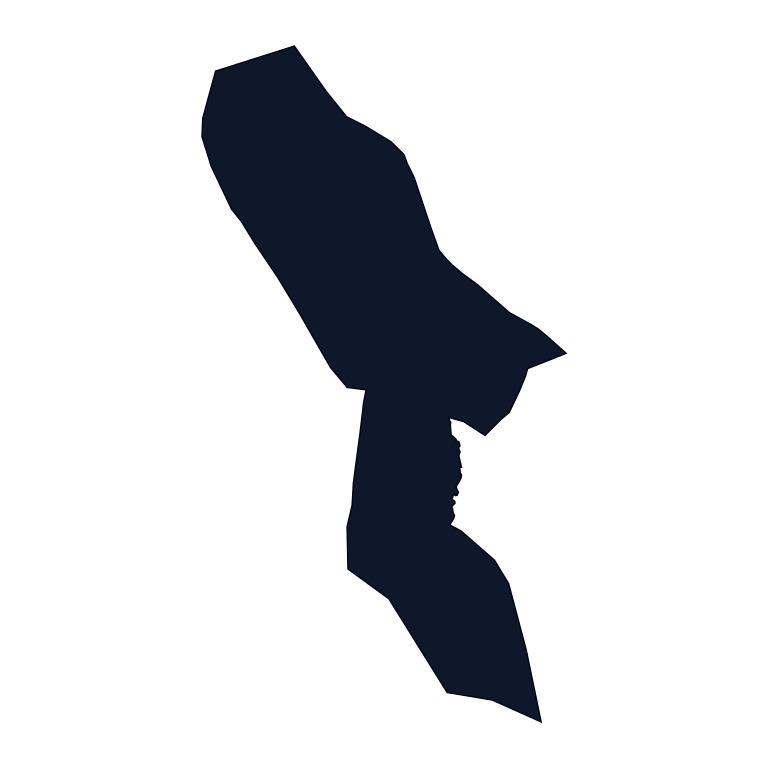 the district of San Baltazar Chichicápam, Oaxaca, Mexico
{"feature_id": "50627088B15303573205943", "entity_name": "San Baltazar Chichicápam", "entity_type": "district", "adm_level": 2, "iso_a3": "MEX", "parent_name": "Mexico", "parent_adm1": "Oaxaca", "projection": "orthographic", "projection_center": [-96.494, 16.758], "detail": "fine", "context": "isolated", "style": "filled", "palette": "ink", "viewbox_px": 768, "rotation_deg": 0, "n_neighbors": 0, "source": "geoboundaries", "source_scale": "gbopen_adm2", "svg_char_len": 1688}
<svg xmlns="http://www.w3.org/2000/svg" viewBox="0 0 768 768"><path d="M525.6,375.8L527.6,368.6L566.0,353.3L546.7,336.0L538.2,329.0L531.5,324.8L509.1,312.5L479.1,286.1L478.0,285.1L462.3,273.6L451.8,264.7L446.1,258.8L439.1,250.5L437.1,245.2L434.6,238.2L430.7,227.2L414.2,177.7L407.2,163.5L403.9,154.5L390.9,141.7L365.5,126.3L346.5,116.7L325.9,91.0L294.3,46.1L254.0,58.9L215.6,71.1L202.8,118.1L202.0,136.7L211.3,166.4L231.6,209.2L241.5,221.6L253.9,241.9L256.2,245.4L277.7,277.3L299.5,313.4L315.5,341.3L330.6,367.6L346.2,386.2L346.3,386.5L347.0,387.4L366.1,389.8L363.5,403.3L362.6,411.4L360.0,433.4L356.9,456.5L353.4,483.0L352.2,504.8L347.1,526.8L347.9,565.2L348.0,569.0L388.9,598.8L447.2,692.5L492.2,700.0L541.1,721.9L526.2,649.9L517.0,615.2L508.6,583.6L494.5,560.3L488.7,555.2L461.1,531.0L450.0,525.1L449.6,524.8L451.3,522.5L453.5,519.0L454.5,515.4L453.3,513.1L452.6,509.4L451.8,506.5L454.2,504.0L454.9,503.4L454.9,502.1L454.8,501.6L454.2,500.8L452.6,499.8L451.7,499.0L452.9,496.8L452.8,495.7L453.7,494.8L454.6,493.9L455.1,495.5L456.2,495.4L457.2,495.2L458.4,492.3L456.4,488.0L456.3,487.3L456.2,486.6L456.6,485.8L460.7,478.9L461.5,475.3L460.3,472.7L459.9,469.3L459.9,469.1L459.5,467.4L459.8,467.0L461.5,467.3L461.1,465.6L459.7,459.7L458.9,455.9L459.3,454.2L460.0,451.9L458.7,448.8L458.6,448.7L458.9,448.3L458.9,447.6L458.9,446.9L459.9,446.0L459.3,443.0L458.7,441.8L456.1,440.7L456.1,439.4L453.1,436.4L451.3,435.6L451.1,435.0L451.1,434.4L450.4,425.9L450.3,425.0L450.5,423.9L450.7,422.2L449.7,421.3L449.1,417.4L452.5,418.4L458.4,420.1L459.4,420.4L463.8,421.6L485.0,435.4L501.5,418.9L509.1,412.5L509.7,411.4L519.1,391.7L525.6,375.8Z" fill="#0f172a" stroke="#020617" stroke-width="1.5"/></svg>